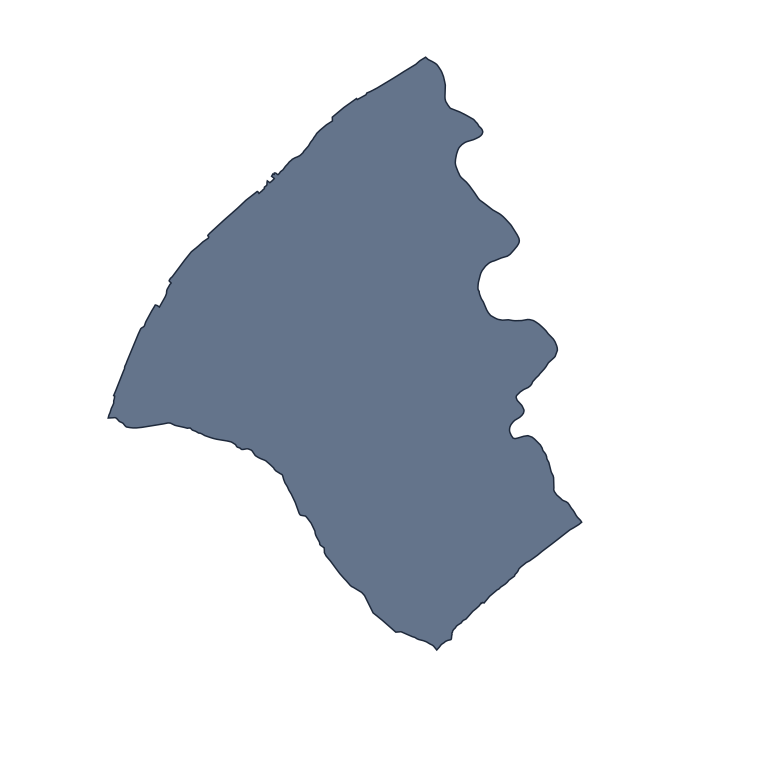 the district of Stanesti, Vâlcea, Romania, rotated 142°
{"feature_id": "2599482B92265495094615", "entity_name": "Stanesti", "entity_type": "district", "adm_level": 2, "iso_a3": "ROU", "parent_name": "Romania", "parent_adm1": "Vâlcea", "projection": "equal_earth", "projection_center": [24.051, 44.813], "detail": "fine", "context": "isolated", "style": "filled", "palette": "slate", "viewbox_px": 768, "rotation_deg": 142, "n_neighbors": 0, "source": "geoboundaries", "source_scale": "gbopen_adm2", "svg_char_len": 6171}
<svg xmlns="http://www.w3.org/2000/svg" viewBox="0 0 768 768"><g transform="rotate(142 384 384)"><path d="M572.8,560.0L574.7,558.8L577.0,557.7L578.2,556.8L579.0,555.8L581.3,554.6L599.7,543.8L604.2,541.3L603.7,540.3L605.5,538.5L607.4,537.1L608.8,535.3L611.7,533.7L613.8,532.7L617.7,530.0L619.8,528.9L622.3,527.0L618.6,524.4L617.2,523.5L616.5,522.9L616.1,522.1L615.9,521.3L615.6,517.4L614.0,514.3L613.8,513.4L613.8,510.6L613.6,509.3L613.4,508.7L611.0,506.0L608.8,503.9L606.1,501.8L601.5,498.9L582.8,488.6L578.2,486.3L576.4,484.7L574.2,480.2L572.8,478.4L568.0,472.6L566.2,470.2L564.8,469.4L563.8,468.6L563.7,468.1L563.4,465.7L561.5,462.6L560.3,459.5L559.1,458.4L558.2,456.7L557.0,453.7L553.9,448.9L551.8,445.9L549.7,443.3L542.7,435.7L540.2,432.6L539.7,431.6L538.4,428.0L538.3,427.6L538.6,425.4L538.5,424.9L538.3,424.3L537.0,422.4L536.7,420.7L536.4,420.0L535.4,419.2L532.0,417.4L531.0,416.5L529.4,413.8L529.1,412.6L529.4,408.3L529.5,407.0L529.3,406.2L528.3,403.5L527.1,401.0L524.9,397.3L524.4,396.1L523.3,390.5L522.7,386.4L522.6,385.7L522.9,384.4L522.7,382.1L520.9,377.1L520.1,375.4L520.3,374.2L521.8,370.6L522.9,367.0L523.4,362.4L524.3,359.0L524.9,354.1L526.9,345.2L530.4,334.6L530.6,333.6L530.6,332.3L530.2,331.6L527.4,328.5L527.1,328.0L527.0,325.5L527.1,319.4L527.3,318.3L529.0,310.6L530.1,308.8L530.8,307.1L531.3,305.0L532.2,299.2L533.4,296.9L533.3,295.9L532.5,293.4L532.2,292.2L532.0,291.9L532.8,290.5L534.8,287.8L535.5,284.0L535.2,277.4L535.5,267.2L535.6,261.7L535.2,255.0L534.9,252.4L534.6,246.1L534.2,244.3L533.4,242.7L529.9,233.5L529.6,229.2L533.5,210.3L530.8,198.8L527.5,181.2L523.1,178.3L517.2,167.4L515.7,165.3L514.9,163.0L513.9,161.2L511.0,157.5L509.3,154.7L507.9,151.0L506.6,148.3L506.3,147.0L506.2,141.9L502.3,142.6L499.8,143.3L498.4,143.4L495.7,143.2L494.1,143.3L491.6,142.7L488.8,141.4L488.2,141.5L487.8,141.7L486.3,143.2L485.7,144.0L484.8,144.5L483.9,145.9L482.8,146.3L481.8,147.2L479.9,147.7L477.9,147.9L476.0,148.6L474.1,148.6L470.0,148.2L468.9,148.7L467.0,148.9L464.0,148.3L453.9,150.2L449.3,150.3L445.5,150.6L442.3,151.6L442.2,151.0L440.7,151.1L440.0,149.8L431.5,151.7L421.3,152.1L419.8,151.7L417.1,152.1L411.7,151.7L409.0,151.9L406.2,152.5L400.1,152.3L399.4,152.3L398.2,153.1L397.5,153.3L395.8,153.5L393.9,154.0L391.4,155.3L388.8,155.6L381.8,155.7L378.1,155.0L368.4,154.6L362.4,154.8L349.7,154.6L327.2,154.6L323.4,154.0L316.8,153.3L313.3,153.4L313.1,155.7L313.6,159.9L313.5,162.2L312.9,166.0L312.7,168.8L312.8,170.0L312.7,172.0L312.4,174.3L312.3,177.1L313.0,179.2L314.5,181.8L315.0,183.2L315.2,185.1L316.2,190.2L316.0,194.2L315.6,195.6L315.1,196.5L314.1,197.5L308.0,205.8L307.2,207.6L306.6,210.8L306.2,212.2L302.4,220.7L301.9,224.0L301.4,225.4L300.7,226.4L299.9,228.7L299.7,231.0L299.8,233.1L299.5,234.5L298.8,236.1L298.3,239.7L299.3,248.0L300.0,250.9L302.4,254.7L306.1,256.8L312.2,259.2L314.4,260.3L315.6,261.9L315.4,265.0L314.6,268.3L314.2,269.2L313.5,270.4L312.2,271.8L311.1,272.7L309.4,273.6L308.3,274.0L305.8,274.6L303.4,274.9L297.6,274.2L294.7,274.4L292.2,275.1L290.7,276.2L290.0,276.9L289.6,277.6L288.7,281.5L288.6,282.6L289.1,289.1L288.3,291.7L288.0,292.3L286.8,293.2L285.7,293.4L281.4,293.9L277.1,293.6L272.6,292.5L269.7,292.5L268.5,292.8L267.5,293.1L265.4,294.3L260.3,295.2L256.8,295.5L254.9,296.1L248.3,297.2L246.0,297.8L241.4,299.5L233.3,300.1L232.1,300.4L226.6,303.8L225.3,305.7L224.5,307.5L223.3,311.6L223.0,313.8L222.9,315.4L223.7,322.5L223.6,326.2L223.9,329.0L224.4,332.3L225.0,335.6L226.0,338.9L226.8,341.1L227.4,342.3L229.6,345.1L231.1,346.4L236.4,349.2L241.8,353.2L243.5,354.8L246.4,358.0L251.4,361.4L254.4,364.8L255.3,366.4L256.3,368.6L257.8,372.3L257.9,375.9L257.5,379.0L255.2,387.6L254.9,390.5L254.7,391.7L253.4,395.9L252.6,397.5L252.0,398.4L251.8,400.3L250.9,401.8L248.9,404.1L247.0,406.0L246.1,406.7L241.2,410.5L239.3,411.8L236.7,413.0L231.4,414.4L228.2,414.6L226.1,414.6L223.4,414.0L221.1,413.1L213.9,411.1L208.1,408.8L205.7,408.6L204.6,408.6L199.1,409.6L194.2,410.7L192.1,411.5L190.5,412.3L189.2,413.5L188.6,414.6L188.0,415.7L187.2,419.6L186.1,430.6L186.1,431.9L186.7,439.4L187.1,442.6L187.7,445.4L188.2,447.1L191.1,454.1L193.8,464.7L195.3,469.9L195.4,472.4L194.9,479.1L194.6,487.9L194.8,492.3L196.0,499.1L196.0,500.7L195.9,501.9L195.4,503.6L195.1,505.3L193.3,511.2L192.6,512.8L191.6,514.5L189.2,517.1L185.4,520.4L182.0,522.7L179.9,523.8L178.6,524.2L175.3,524.7L171.7,524.5L169.6,524.0L163.2,521.5L160.5,520.8L157.1,520.1L154.7,520.1L152.9,520.5L151.5,521.4L151.0,521.8L150.7,522.3L150.2,523.7L150.0,525.3L150.2,527.2L150.5,528.3L150.1,531.4L150.1,532.7L150.3,533.7L150.4,536.5L150.6,537.6L153.8,545.3L156.7,551.5L161.7,560.0L162.0,560.9L161.9,564.6L161.4,568.7L160.2,571.3L158.9,573.1L151.7,581.7L150.3,584.4L147.9,589.5L146.5,594.0L146.1,596.1L145.7,601.0L145.7,603.4L146.3,605.5L147.4,608.3L149.4,612.5L150.0,615.9L156.2,616.6L157.7,616.6L162.1,616.3L175.4,617.9L187.5,619.1L207.2,621.5L214.8,622.9L218.4,623.9L220.1,623.0L229.9,624.6L229.9,625.9L245.4,626.6L260.5,626.1L262.7,623.0L269.8,623.7L278.0,623.4L282.8,622.9L284.5,622.2L287.4,621.4L289.6,620.5L293.0,619.7L296.9,618.1L298.3,617.8L304.4,616.7L304.9,616.2L308.8,615.8L309.8,615.8L312.4,616.3L314.6,617.0L318.2,617.6L318.6,617.4L322.0,617.3L324.3,616.7L327.7,616.2L331.7,615.0L335.0,615.0L336.8,614.4L338.5,614.2L338.9,614.5L339.4,616.6L340.0,617.5L340.6,617.8L341.0,617.5L341.5,616.8L342.0,617.2L342.3,617.9L344.7,616.9L344.0,614.0L344.0,613.4L347.0,613.0L350.0,612.9L350.9,615.9L351.9,615.1L353.3,613.4L354.1,612.8L355.7,612.7L356.9,612.8L357.3,612.6L357.8,611.8L358.1,611.6L360.6,611.5L361.6,611.2L362.3,611.3L365.2,611.1L365.0,613.3L365.4,613.8L379.8,613.8L391.2,612.7L409.9,611.6L428.6,610.1L431.3,609.6L431.5,609.4L431.6,609.0L431.5,608.4L431.6,607.8L432.0,607.4L432.8,607.1L439.1,607.5L445.3,607.0L454.4,606.8L465.0,604.3L484.8,598.9L487.5,598.7L488.4,598.2L489.3,598.0L489.7,597.7L489.9,597.1L489.5,594.8L489.6,594.6L489.9,594.5L491.5,594.2L496.4,592.2L497.4,591.6L498.1,591.0L499.7,589.2L502.2,587.7L504.0,586.9L513.6,582.9L514.1,584.6L514.6,585.8L515.6,587.1L517.8,586.2L522.3,584.5L533.1,579.8L534.5,579.0L536.4,577.7L537.4,577.2L538.1,577.1L540.6,577.4L541.7,577.3L546.8,574.7L572.8,560.0Z" fill="#64748b" stroke="#1e293b" stroke-width="1.5"/></g></svg>